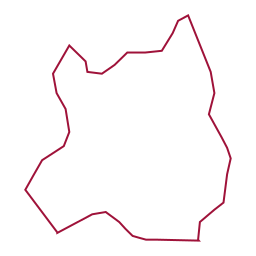 the district of Buk-gu [North Distrikt], Daegu, South Korea
{"feature_id": "91817680B84202113891253", "entity_name": "Buk-gu [North Distrikt]", "entity_type": "district", "adm_level": 2, "iso_a3": "KOR", "parent_name": "South Korea", "parent_adm1": "Daegu", "projection": "robinson", "projection_center": [128.573, 35.931], "detail": "fine", "context": "isolated", "style": "outline", "palette": "rose", "viewbox_px": 256, "rotation_deg": 0, "n_neighbors": 0, "source": "geoboundaries", "source_scale": "gbopen_adm2", "svg_char_len": 613}
<svg xmlns="http://www.w3.org/2000/svg" viewBox="0 0 256 256"><path d="M25.3,189.8L57.3,232.4L57.3,232.9L92.2,214.3L105.7,212.0L119.2,222.0L125.5,228.9L132.6,235.9L138.5,237.6L146.1,239.7L158.0,239.7L198.8,240.6L198.1,239.7L199.9,222.0L214.4,209.7L223.5,202.6L225.3,188.5L227.1,174.3L230.7,158.4L227.1,147.8L221.6,137.3L208.9,114.3L214.4,93.1L210.7,71.9L188.1,15.4L178.1,20.8L172.7,33.1L161.8,50.8L145.5,52.5L127.3,52.5L114.6,64.9L101.9,73.7L87.4,71.9L85.6,61.4L69.3,45.5L53.0,73.7L56.6,93.1L65.6,109.0L69.3,132.0L63.8,146.1L42.1,160.2L33.0,176.1L25.3,189.8Z" fill="none" stroke="#9f1239" stroke-width="2"/></svg>